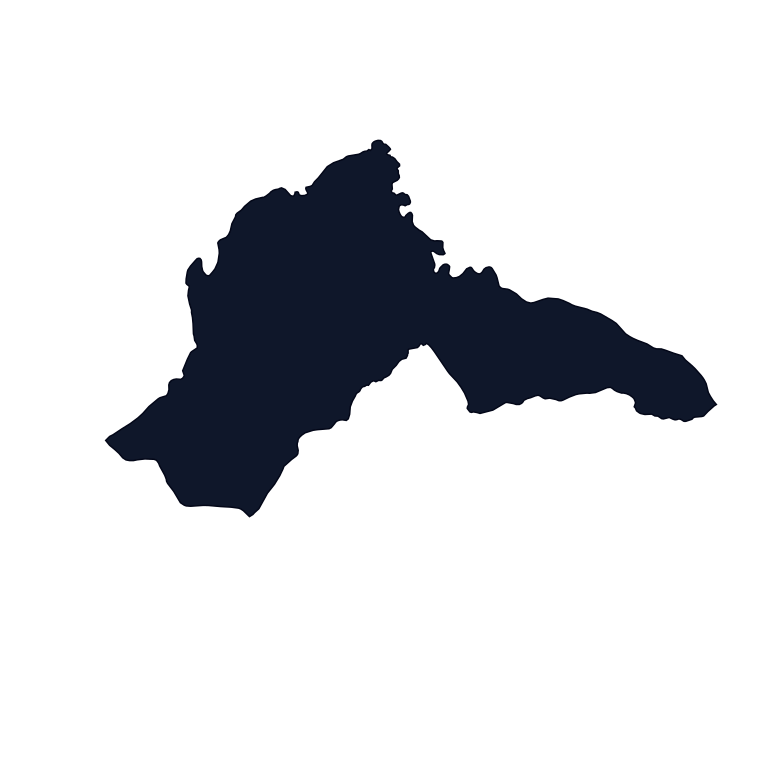 the district of Liquiçá, Liquica, East Timor, rotated 231°
{"feature_id": "22284137B50300896823957", "entity_name": "Liquiçá", "entity_type": "district", "adm_level": 2, "iso_a3": "TLS", "parent_name": "East Timor", "parent_adm1": "Liquica", "projection": "albers", "projection_center": [125.317, -8.659], "detail": "fine", "context": "isolated", "style": "filled", "palette": "ink", "viewbox_px": 768, "rotation_deg": 231, "n_neighbors": 0, "source": "geoboundaries", "source_scale": "gbopen_adm2", "svg_char_len": 6171}
<svg xmlns="http://www.w3.org/2000/svg" viewBox="0 0 768 768"><g transform="rotate(231 384 384)"><path d="M515.3,132.2L509.0,132.2L502.8,133.5L496.9,134.4L491.1,134.5L487.4,135.7L484.7,138.0L482.1,141.2L480.4,144.5L476.2,151.1L470.2,157.9L468.3,159.0L467.0,159.2L464.2,159.0L461.5,158.1L451.1,156.2L447.1,154.9L445.2,153.8L442.9,153.3L432.8,153.0L419.9,151.1L415.5,152.5L413.7,153.6L410.7,156.8L403.4,167.2L400.2,171.0L391.4,180.1L384.6,187.6L378.9,193.0L376.9,194.1L374.0,195.0L365.6,196.0L365.1,200.0L365.5,202.4L365.8,208.2L372.5,224.7L375.0,235.8L378.4,245.4L381.5,251.9L383.0,254.4L383.5,264.7L383.3,270.3L383.6,272.1L384.1,273.2L386.5,275.6L390.7,277.7L392.6,279.4L393.5,280.9L394.9,282.3L395.7,284.6L396.0,287.9L395.7,292.0L392.7,299.7L390.5,303.4L383.8,313.2L383.3,315.5L384.3,320.8L384.8,322.3L384.7,324.6L383.7,327.1L382.4,329.1L379.4,331.8L379.4,334.3L382.1,338.3L387.5,343.4L390.6,348.7L392.8,354.3L393.6,355.6L394.0,357.5L393.7,359.5L393.9,361.0L394.7,362.5L395.1,363.9L395.3,365.6L394.3,367.6L394.2,369.1L393.8,370.2L392.8,371.1L393.7,374.9L393.3,377.4L392.6,378.3L390.9,379.1L390.2,382.1L388.6,383.8L388.3,384.8L388.8,387.8L388.2,390.0L387.7,393.3L388.1,395.7L390.2,399.6L390.8,405.2L392.1,409.9L392.0,413.5L390.2,417.4L391.4,420.2L392.3,421.0L392.8,422.2L395.2,424.0L395.4,425.4L391.3,432.9L391.4,434.8L392.3,437.4L391.6,438.6L389.3,438.9L388.7,441.1L389.1,442.4L386.7,443.4L382.3,443.7L377.4,443.5L353.8,441.5L350.8,441.4L339.6,442.2L332.8,441.8L326.3,440.9L317.8,438.5L314.9,436.9L313.6,434.3L312.6,433.3L308.2,433.2L306.9,434.1L306.1,435.9L303.2,438.4L300.7,440.1L295.2,452.2L293.1,466.8L292.3,468.0L287.4,472.2L285.0,473.8L282.9,476.4L282.4,478.7L282.5,480.2L283.3,482.6L282.5,486.2L281.1,489.3L279.6,494.1L278.3,496.7L276.7,497.7L273.0,498.9L271.1,499.9L268.7,503.9L263.7,507.9L261.0,509.4L259.6,511.0L258.9,512.7L257.2,519.9L255.1,526.4L253.6,529.4L249.2,536.0L247.4,538.0L244.3,543.0L240.8,555.0L238.9,557.9L236.9,558.7L234.3,559.2L231.4,560.4L227.5,562.9L226.4,564.3L224.0,566.3L221.0,567.9L217.7,568.8L215.5,569.1L212.9,568.4L211.0,567.6L208.8,564.1L207.5,564.3L204.2,563.4L200.7,564.3L199.5,564.9L196.2,567.5L192.1,573.1L188.7,574.4L186.6,576.7L182.3,578.0L181.0,579.2L178.5,584.6L174.8,586.4L173.0,587.6L172.0,589.2L171.6,590.6L170.5,591.9L169.3,592.6L166.5,593.5L165.5,594.4L164.9,595.5L162.8,601.1L163.1,602.8L162.8,604.5L158.7,610.6L158.0,612.3L158.8,618.4L159.2,626.9L158.9,629.4L163.6,629.3L169.2,629.9L173.3,630.7L181.4,634.5L185.4,635.4L187.9,635.7L191.1,635.8L199.9,635.4L204.2,634.9L213.0,633.3L218.4,633.3L225.6,628.5L233.1,624.0L236.7,621.6L239.8,617.9L242.4,616.1L249.6,613.6L258.3,608.5L262.8,606.2L266.2,604.8L271.0,603.3L284.9,602.6L289.6,601.2L302.0,596.5L305.4,594.6L309.7,591.4L314.4,588.9L324.2,581.6L327.4,579.8L330.0,578.8L336.1,575.7L340.4,573.0L347.5,565.5L349.6,560.9L352.9,551.9L354.5,549.0L358.1,546.3L363.7,544.5L370.6,543.6L378.2,540.8L379.8,539.8L383.7,536.1L385.1,535.4L386.2,535.2L387.8,535.1L395.4,538.7L398.2,539.7L405.6,540.7L407.0,540.6L408.1,540.0L408.9,539.3L410.2,536.5L410.3,534.0L409.2,530.9L409.0,529.0L409.6,527.2L411.5,525.9L414.0,525.1L415.7,524.9L418.9,525.2L419.9,525.0L420.6,524.3L421.5,520.7L420.1,514.8L420.1,510.2L421.1,507.2L422.9,504.4L424.1,503.7L427.9,503.3L429.4,503.8L431.7,506.6L433.8,508.8L434.6,509.0L436.9,508.6L438.1,507.7L439.0,506.3L439.4,504.9L439.1,501.5L438.8,500.1L437.4,498.0L436.8,496.0L437.0,494.5L437.6,493.7L438.2,493.5L439.8,493.3L441.6,494.2L442.2,494.8L442.8,496.5L444.4,498.3L445.5,499.0L456.7,503.0L457.2,504.0L456.9,505.3L455.6,506.2L452.1,507.1L449.8,508.4L447.2,511.4L447.0,513.1L447.1,513.6L450.1,514.3L452.9,515.4L457.0,518.9L458.5,518.9L459.1,518.5L462.0,515.3L463.3,513.3L466.7,511.0L478.2,509.4L481.6,508.1L486.2,507.0L488.7,506.8L492.5,508.1L497.2,512.3L499.0,512.9L500.5,512.8L501.1,512.0L501.4,510.4L501.2,507.1L500.6,505.7L500.8,504.5L502.2,503.4L503.5,503.1L505.7,503.3L508.2,504.0L510.4,505.0L512.7,507.8L512.6,509.5L512.1,510.6L510.6,511.9L509.2,512.6L508.8,514.9L508.0,516.2L507.8,517.1L508.4,518.6L508.9,519.1L509.6,519.6L514.4,521.2L516.5,521.1L518.2,519.5L519.9,519.3L520.8,518.8L521.5,517.6L522.7,512.8L523.3,512.2L526.2,511.8L527.2,510.7L528.5,510.8L529.5,511.2L530.3,513.2L534.1,515.8L535.1,517.4L534.0,522.4L534.2,524.4L534.8,525.9L536.5,527.0L538.4,527.5L540.9,529.4L542.8,529.4L543.6,530.3L543.7,533.4L545.1,534.4L548.7,534.0L552.3,534.2L555.0,533.4L556.4,532.1L558.0,532.6L559.4,531.4L560.7,530.9L561.3,530.9L561.9,532.0L561.8,533.8L562.3,536.7L563.0,536.9L565.4,536.8L569.1,536.2L570.4,534.9L571.3,534.6L573.8,535.0L575.3,534.6L577.1,532.7L578.3,530.0L578.6,528.2L578.4,526.7L578.2,526.0L577.3,525.0L574.4,522.8L574.1,520.4L575.7,519.8L575.8,517.2L576.9,515.6L577.6,513.8L578.0,510.4L578.6,508.7L583.7,499.7L584.3,497.8L584.3,493.7L587.7,484.0L588.6,476.7L585.5,462.6L584.9,457.3L583.5,453.1L584.0,451.0L585.9,447.2L585.2,446.3L584.0,445.7L580.4,445.0L579.7,443.8L580.4,441.1L582.2,438.5L584.2,437.1L586.9,438.0L588.1,437.4L589.0,435.6L588.2,434.9L587.0,432.6L587.2,431.5L589.1,430.0L597.4,429.6L600.9,427.8L601.6,426.2L601.9,424.6L603.4,422.0L604.2,419.9L604.5,417.0L604.2,415.1L604.3,410.8L604.7,408.1L605.5,407.0L608.6,400.6L610.0,395.5L609.8,387.4L608.9,382.6L609.2,377.4L608.8,375.4L607.3,373.6L604.3,366.7L599.7,360.9L597.9,357.3L597.2,353.8L598.9,348.0L599.0,346.7L598.8,345.0L598.2,343.6L592.2,340.4L589.3,338.3L583.5,332.0L582.7,330.8L579.8,325.0L578.9,321.2L578.1,316.5L579.2,315.0L580.7,314.2L585.0,314.1L586.5,314.5L590.0,316.3L593.7,319.1L595.4,320.0L597.4,320.0L598.3,319.2L599.0,317.7L598.7,315.2L597.4,307.8L596.0,303.3L594.8,301.6L590.2,296.4L587.0,293.6L585.5,293.5L582.9,294.1L581.8,293.6L579.9,291.1L575.9,287.1L568.5,283.3L562.6,281.0L560.7,279.4L556.2,277.0L551.1,273.6L542.8,267.4L541.0,266.7L537.0,264.3L533.2,263.8L531.7,263.3L529.6,261.6L530.2,254.9L530.1,253.5L527.0,246.8L521.0,235.9L516.4,234.2L515.7,233.0L515.2,231.0L515.5,229.0L518.6,225.7L519.9,223.3L520.5,220.8L520.1,218.2L518.7,216.2L514.9,213.3L512.6,210.1L511.8,207.5L514.3,201.3L514.6,199.3L514.4,187.2L512.9,178.0L512.5,171.3L512.9,161.8L514.1,152.1L515.1,141.4L515.9,137.8L515.3,132.2Z" fill="#0f172a" stroke="#020617" stroke-width="1.5"/></g></svg>